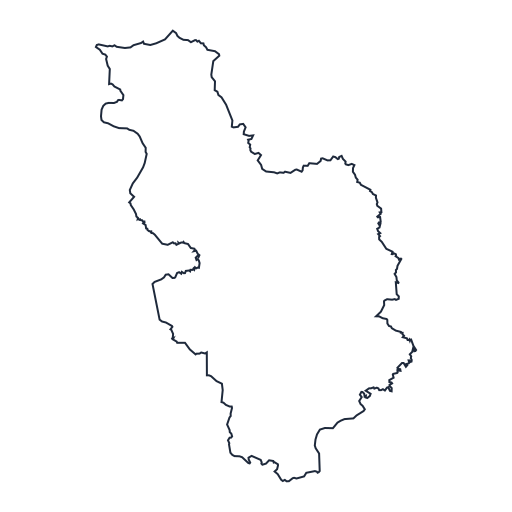 outline of 24 de Mayo, Manabi, Ecuador
{"feature_id": "8360857B81048544444838", "entity_name": "24 de Mayo", "entity_type": "district", "adm_level": 2, "iso_a3": "ECU", "parent_name": "Ecuador", "parent_adm1": "Manabi", "projection": "orthographic", "projection_center": [-80.362, -1.38], "detail": "fine", "context": "isolated", "style": "outline", "palette": "slate", "viewbox_px": 512, "rotation_deg": 0, "n_neighbors": 0, "source": "geoboundaries", "source_scale": "gbopen_adm2", "svg_char_len": 6063}
<svg xmlns="http://www.w3.org/2000/svg" viewBox="0 0 512 512"><path d="M354.4,165.1L351.7,163.9L348.4,165.1L345.9,164.4L345.3,163.6L345.6,161.6L342.9,158.9L341.6,155.9L339.2,157.0L338.8,158.7L337.8,159.1L335.3,157.1L333.2,156.5L330.4,160.3L327.5,160.4L322.6,158.3L321.1,158.6L320.6,161.0L317.0,163.9L309.3,163.2L307.7,165.8L303.7,165.7L302.9,167.4L302.6,170.3L301.6,171.7L296.7,169.5L295.2,169.8L290.5,172.9L285.0,171.7L283.6,172.8L279.8,172.4L277.2,173.4L274.1,172.3L266.1,171.5L262.2,168.9L261.1,164.9L257.7,160.4L261.0,155.1L258.5,152.9L254.8,154.0L251.1,151.7L250.3,150.0L250.5,148.4L249.7,147.3L250.2,144.6L248.2,142.9L248.6,140.8L248.1,139.7L251.4,139.0L253.1,135.4L249.1,135.9L243.7,134.2L243.9,131.6L245.6,127.3L243.2,123.9L239.8,124.4L238.0,126.8L233.5,127.4L231.8,126.7L232.4,120.5L226.1,104.7L221.5,97.3L218.4,95.0L217.4,91.7L214.7,90.2L215.0,81.3L211.7,77.2L211.3,74.6L213.3,61.1L219.3,55.7L219.0,54.2L215.0,51.2L207.4,49.8L206.1,47.3L203.9,45.3L203.4,43.4L200.9,43.3L198.9,40.8L197.4,41.6L196.1,40.2L195.1,40.1L190.9,42.2L188.0,40.1L183.4,39.8L179.5,37.8L177.4,35.9L176.1,33.1L172.8,30.7L165.0,39.4L156.2,43.3L150.3,45.0L144.0,43.8L143.1,41.6L141.1,43.0L133.5,45.2L130.5,47.4L124.9,48.0L116.7,46.8L114.5,45.3L112.4,46.4L109.7,45.8L107.7,46.4L98.7,44.4L96.8,45.0L95.9,47.0L99.8,49.7L102.5,53.7L105.3,54.6L106.9,56.6L106.1,59.0L107.7,65.7L109.8,69.0L109.1,84.1L111.0,83.6L112.6,84.4L114.4,86.5L120.2,89.5L120.4,90.8L123.4,95.1L123.0,99.1L121.9,100.4L119.0,99.9L118.0,100.2L117.0,101.8L114.0,103.0L108.7,102.9L105.7,103.6L103.3,105.8L101.6,109.6L101.0,116.3L101.5,120.0L103.9,122.3L108.1,123.3L113.7,126.3L119.0,128.1L127.1,128.4L129.3,129.8L133.5,130.8L137.7,133.8L139.7,136.5L142.6,143.2L145.7,147.8L145.6,151.9L146.7,153.9L144.7,163.0L143.1,167.3L137.2,177.6L132.8,183.4L129.8,190.0L130.3,193.3L134.1,196.8L129.2,202.4L130.5,203.4L130.8,205.1L133.7,209.4L136.0,214.0L136.4,216.5L137.9,217.8L137.7,219.1L138.4,218.6L139.2,219.7L140.0,219.4L140.1,220.0L142.2,220.3L142.9,221.6L144.4,221.5L144.5,222.4L143.2,223.5L145.6,225.0L146.1,228.4L147.3,228.7L147.4,229.8L148.9,231.1L149.8,231.1L150.6,232.0L151.3,231.6L151.5,233.0L153.0,233.2L154.8,234.7L162.2,243.7L167.7,244.8L172.8,242.3L174.0,243.4L175.5,243.3L176.4,244.8L178.8,243.6L178.6,242.8L179.4,243.4L181.2,242.5L182.8,242.6L183.5,241.9L184.2,243.1L188.0,244.0L190.8,248.0L194.4,248.7L195.0,249.9L193.9,251.2L196.2,250.7L197.7,253.8L199.4,255.2L198.6,257.0L197.3,256.1L195.7,257.7L196.5,260.0L197.8,259.1L198.8,260.5L199.6,263.1L198.9,267.8L197.9,267.5L196.3,268.3L195.0,267.3L194.3,269.6L193.5,268.5L192.7,269.9L190.5,269.8L190.1,271.3L189.1,270.5L185.8,270.9L185.0,273.1L183.8,273.2L181.8,271.9L181.2,273.7L179.1,272.2L177.1,273.0L175.2,277.4L174.4,277.9L172.5,278.0L168.5,274.3L165.7,274.7L164.0,277.4L161.2,279.4L154.6,281.9L152.5,284.0L159.6,319.6L162.0,321.5L165.9,322.5L172.0,326.0L172.4,326.8L170.5,329.3L171.2,329.6L173.1,333.9L172.8,337.5L172.1,338.6L172.6,339.0L173.3,338.5L172.9,339.4L176.7,341.6L177.2,342.8L185.0,342.8L189.8,349.4L195.6,354.4L196.5,353.7L199.6,353.6L201.2,352.5L205.1,353.5L206.8,352.4L206.9,375.3L208.9,375.3L211.1,376.2L216.5,381.1L221.9,383.7L222.7,390.1L221.5,402.1L223.5,402.7L225.9,404.9L229.6,406.5L231.7,406.5L232.0,408.0L230.6,413.6L230.7,416.0L229.5,417.5L227.1,424.5L229.6,430.0L229.8,432.2L231.3,433.6L232.1,436.4L231.1,437.6L229.6,437.7L228.0,440.3L229.3,443.2L229.0,444.3L230.4,452.7L232.3,454.9L234.5,456.1L239.5,456.3L242.1,457.2L248.3,463.0L249.6,463.4L250.2,462.6L248.7,459.5L248.5,457.7L251.6,455.9L260.7,459.9L261.7,462.4L261.4,463.6L262.4,464.7L266.0,463.6L269.1,460.3L273.3,461.0L273.7,462.5L274.5,462.2L277.9,464.3L278.0,465.4L277.1,469.2L274.6,471.5L277.7,474.1L281.2,479.8L282.8,481.0L284.8,479.9L286.6,481.3L288.9,481.2L292.7,478.2L294.1,477.8L296.5,478.5L304.1,476.4L306.3,472.8L314.9,471.1L316.9,471.7L317.6,472.7L318.7,472.2L319.7,471.0L319.1,453.5L315.7,448.3L314.8,445.5L315.5,439.5L317.0,434.4L319.9,429.6L324.9,428.0L332.9,428.2L337.5,422.6L340.7,420.7L344.5,419.1L353.4,418.4L356.6,415.4L363.6,411.0L364.8,409.3L362.6,405.8L360.6,404.1L359.2,401.0L361.7,397.1L359.9,394.7L361.4,391.9L362.5,392.0L364.2,393.7L364.6,396.5L365.9,395.8L365.7,397.5L367.3,398.0L369.8,396.0L370.6,393.8L365.7,390.7L369.1,388.3L371.0,388.3L373.6,387.4L374.3,388.6L376.8,387.7L378.4,388.4L379.2,390.1L381.1,390.1L382.9,389.2L384.9,390.5L387.0,387.6L388.2,387.2L390.0,390.9L391.6,391.3L391.7,388.1L389.6,385.9L389.5,384.9L392.1,383.4L391.5,382.5L389.4,382.1L389.3,380.1L393.6,377.7L392.8,374.6L393.2,373.9L397.1,373.0L397.6,372.5L397.4,370.4L400.5,370.8L400.2,369.2L397.8,368.8L397.4,367.8L402.0,363.0L403.6,363.0L405.9,366.8L407.2,365.3L406.1,364.1L408.6,363.4L409.3,362.7L408.6,360.4L409.4,360.4L410.5,361.9L411.5,361.6L411.7,360.0L410.8,358.1L411.2,356.3L409.8,354.3L412.2,351.9L413.2,347.8L414.1,348.3L414.4,351.2L415.4,351.0L416.1,350.0L413.4,345.8L411.1,339.5L410.0,339.8L409.8,340.5L409.4,339.4L408.8,340.1L407.6,340.0L406.9,338.3L402.8,337.2L404.0,335.7L402.5,334.3L402.6,332.8L400.8,332.7L400.8,331.9L395.8,330.6L391.8,328.2L391.0,326.5L389.0,326.0L387.4,323.5L387.3,319.9L386.6,319.0L382.6,318.2L379.2,316.4L376.1,316.3L380.9,311.7L384.2,305.1L384.0,301.2L384.6,300.5L387.1,299.2L392.1,299.7L394.8,299.1L396.0,299.9L398.7,298.8L398.8,296.4L396.7,294.2L395.8,282.3L398.3,283.0L398.5,282.5L396.8,280.4L396.4,277.0L394.6,273.9L396.0,272.4L395.9,270.0L397.0,268.9L397.5,265.8L401.3,259.0L400.9,258.6L398.9,259.5L398.6,258.2L395.6,256.2L396.1,255.3L395.8,254.2L393.8,253.3L392.7,254.2L391.8,254.1L392.5,251.7L386.3,248.8L381.8,241.9L379.2,239.4L379.1,236.9L380.0,236.1L378.2,234.1L380.2,233.1L378.1,231.2L377.2,228.8L379.5,227.5L380.2,224.6L379.3,225.0L378.3,223.4L379.0,222.4L380.4,222.6L380.7,221.8L380.1,217.1L377.8,217.3L377.3,216.6L380.7,213.8L379.8,212.4L381.4,212.1L381.1,208.6L377.3,205.8L376.8,204.1L377.5,202.4L375.9,197.8L376.0,195.5L372.9,194.0L371.9,192.2L370.0,191.0L370.4,189.8L360.9,184.8L359.8,182.7L357.2,182.0L357.6,179.7L355.8,177.6L355.0,174.7L352.9,171.8L353.0,168.1L354.4,165.1Z" fill="none" stroke="#1e293b" stroke-width="2"/></svg>